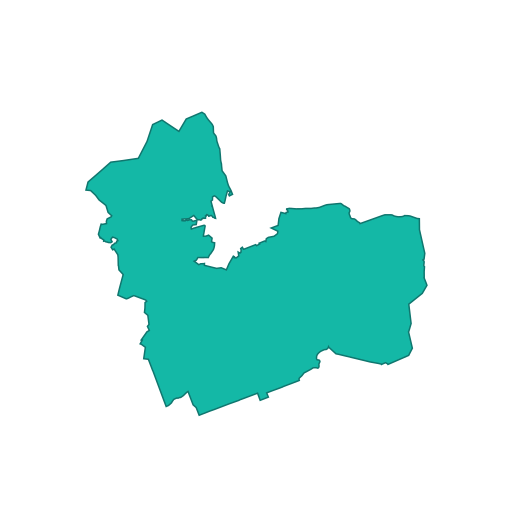 outline of Valkas pag., Valkas, Latvia, rotated 327°
{"feature_id": "27541924B2692398092929", "entity_name": "Valkas pag.", "entity_type": "district", "adm_level": 2, "iso_a3": "LVA", "parent_name": "Latvia", "parent_adm1": "Valkas", "projection": "orthographic", "projection_center": [26.01, 57.752], "detail": "fine", "context": "isolated", "style": "filled", "palette": "teal", "viewbox_px": 512, "rotation_deg": 327, "n_neighbors": 0, "source": "geoboundaries", "source_scale": "gbopen_adm2", "svg_char_len": 5984}
<svg xmlns="http://www.w3.org/2000/svg" viewBox="0 0 512 512"><g transform="rotate(327 256 256)"><path d="M123.3,350.5L121.6,358.6L132.8,360.9L137.8,362.1L152.8,365.3L163.2,367.8L163.8,367.7L165.8,368.2L182.6,371.9L180.9,379.3L189.5,381.1L190.4,376.6L196.0,377.8L207.0,380.3L207.7,380.3L224.3,383.9L224.6,383.9L224.9,382.8L225.3,382.3L226.2,381.9L229.2,381.4L232.1,380.4L233.1,380.2L234.3,380.4L240.6,380.9L243.0,380.9L243.8,381.3L245.7,382.5L246.5,383.5L247.0,383.8L247.5,383.7L248.2,383.4L248.8,382.8L249.8,381.0L250.4,380.5L251.7,379.7L252.2,379.2L252.4,378.2L252.1,377.5L250.7,376.3L250.7,375.5L251.1,374.6L252.6,372.7L254.6,371.7L256.0,371.4L257.4,371.2L258.6,371.2L262.1,371.7L264.2,372.7L265.6,372.6L266.5,372.3L267.3,371.7L267.2,372.1L267.4,372.3L269.8,381.6L271.4,383.1L289.5,402.2L293.8,406.8L300.1,412.7L302.4,415.1L302.3,415.3L306.5,416.0L307.6,418.0L307.6,418.8L329.9,422.5L336.9,418.5L342.6,402.7L342.8,402.7L349.3,397.1L357.9,379.6L375.1,377.9L383.4,373.7L383.7,372.5L384.1,370.7L385.1,365.7L385.4,365.6L388.5,360.7L391.5,356.7L391.4,356.3L391.4,356.0L391.4,355.7L391.7,355.1L393.3,353.2L393.9,352.3L394.0,351.9L394.1,351.3L394.0,350.8L393.8,350.3L394.2,350.0L395.2,350.2L399.0,345.7L407.4,323.0L413.3,313.7L411.5,312.2L407.2,306.6L406.6,306.0L405.7,305.2L402.6,303.0L401.5,303.0L399.9,302.5L398.1,301.5L396.8,300.7L395.6,299.7L393.9,298.0L393.5,297.4L392.5,295.7L391.9,295.2L390.8,294.4L386.6,291.7L385.7,291.4L383.8,290.9L360.9,285.5L361.0,284.5L360.3,283.3L360.0,282.5L359.6,281.3L359.4,280.1L358.9,278.9L358.5,278.3L356.8,277.0L356.7,276.8L356.3,276.0L356.2,275.5L356.2,275.1L356.6,273.8L356.8,272.5L357.0,271.9L357.3,271.0L357.6,270.5L358.8,269.8L359.3,269.3L359.5,268.9L359.8,268.0L359.9,267.6L359.9,267.1L359.8,266.9L359.6,266.4L358.8,264.9L357.9,262.9L357.5,262.4L357.0,261.6L356.1,258.9L355.8,258.3L355.3,257.8L344.2,252.0L342.8,251.4L341.3,251.0L335.7,249.8L332.8,248.6L330.8,247.4L328.1,246.1L323.5,243.1L320.2,241.4L315.3,238.3L311.3,235.2L309.9,234.2L307.4,233.2L307.0,233.8L307.6,234.1L306.9,236.5L304.9,235.9L304.1,236.7L300.7,233.0L295.6,237.1L291.2,242.4L284.0,240.8L287.8,247.1L286.6,248.6L286.0,249.0L281.9,249.3L276.5,247.1L274.1,247.1L272.1,249.2L271.7,248.4L271.4,248.1L265.6,247.0L265.6,247.9L262.2,247.7L261.9,246.3L250.4,243.9L249.2,243.5L249.3,241.2L247.2,241.4L246.8,242.9L245.3,244.7L244.1,244.8L243.2,243.0L241.5,246.6L238.4,246.8L237.3,246.0L236.9,245.6L237.5,245.0L236.9,243.8L229.1,247.8L223.6,251.5L220.4,246.9L216.8,245.2L216.4,245.1L212.9,241.4L209.1,237.3L207.6,235.8L208.7,234.2L207.9,233.9L205.4,232.4L203.3,232.1L201.3,226.7L203.6,227.0L204.8,226.5L206.4,225.6L211.5,229.0L211.6,228.9L215.1,231.3L216.9,230.2L218.4,229.5L219.2,229.4L223.8,227.4L225.3,226.2L226.7,224.8L228.5,222.4L227.1,221.0L226.5,219.8L228.9,217.1L227.6,212.7L224.8,212.1L222.7,210.8L223.4,209.7L224.0,209.2L229.7,203.1L229.6,202.3L228.8,201.8L221.1,199.4L220.8,199.4L219.1,198.8L216.5,198.2L217.0,196.9L217.2,196.5L218.7,195.9L219.9,195.6L223.0,197.1L225.6,194.2L224.7,193.4L222.7,192.8L221.6,192.1L221.6,190.5L220.9,190.1L219.8,189.3L219.0,189.3L217.9,188.9L217.8,188.6L217.1,188.0L216.6,187.9L215.6,187.9L214.6,187.0L214.3,187.0L213.2,186.0L214.1,184.8L214.9,185.4L216.2,185.9L216.9,186.5L217.4,186.7L218.9,187.5L220.5,188.2L221.5,188.1L225.9,188.1L226.5,193.2L227.8,194.6L228.6,194.9L229.2,195.8L230.1,195.9L230.7,195.7L230.9,195.3L231.5,195.3L231.8,195.4L232.2,195.7L232.4,195.6L232.4,195.4L232.5,195.4L233.1,196.1L233.4,196.4L234.0,196.8L234.3,196.8L234.5,196.3L234.8,195.8L235.6,195.6L235.8,195.3L235.6,195.0L235.6,194.8L235.8,194.8L236.5,195.0L236.9,194.7L237.1,194.4L237.3,194.4L237.8,195.1L237.9,195.8L238.1,196.0L238.1,196.3L238.0,196.9L238.2,197.1L239.0,197.1L239.4,197.1L239.9,197.5L240.4,197.5L240.6,197.7L240.7,198.0L240.7,198.3L241.0,199.1L240.9,199.9L240.9,200.0L242.0,201.2L242.0,201.5L242.0,201.8L242.6,202.4L243.2,200.7L245.8,192.5L246.2,191.2L246.2,190.9L246.3,191.0L248.1,185.5L248.4,185.5L250.0,185.3L251.8,182.7L253.8,182.8L254.6,184.2L256.4,192.1L257.4,193.9L258.2,194.5L260.4,192.5L263.2,189.7L267.5,185.9L269.4,187.9L266.5,189.7L266.4,191.1L269.9,191.5L270.7,187.5L271.1,182.8L271.4,181.3L272.1,178.8L274.3,172.4L274.1,168.2L274.0,166.6L274.0,166.1L274.1,165.8L276.2,161.7L277.2,159.9L277.7,158.4L278.5,156.4L280.8,152.3L284.0,146.3L284.0,145.4L284.3,143.8L285.7,138.5L286.1,137.6L287.1,135.6L287.7,133.7L287.7,132.9L287.4,130.0L287.5,129.7L287.7,129.1L290.5,124.5L290.7,123.9L290.9,122.3L290.9,120.9L290.2,115.7L290.1,113.6L290.1,112.4L290.3,109.1L288.9,106.0L272.1,103.1L259.2,109.5L253.1,95.3L251.2,90.8L240.9,89.5L227.0,100.6L210.5,110.0L196.5,103.6L185.3,98.2L169.1,100.6L155.9,102.4L155.4,102.5L149.3,108.1L152.9,111.0L153.0,111.2L154.4,117.0L154.6,118.1L154.9,123.5L156.9,129.4L157.7,131.9L155.7,138.9L156.9,143.7L155.6,144.3L155.2,144.2L151.4,143.8L149.4,145.4L148.3,147.4L145.6,146.3L144.6,145.9L143.5,144.9L141.2,146.8L138.1,149.8L135.7,151.9L135.1,155.9L135.1,156.0L135.8,156.0L135.8,156.8L136.5,158.4L137.1,159.5L136.3,160.6L136.6,160.7L137.2,161.1L137.8,162.4L139.0,163.5L139.4,164.2L141.4,165.7L143.1,165.7L143.3,163.0L145.9,162.0L146.7,162.8L147.6,164.0L148.8,166.2L148.5,167.9L147.9,167.7L147.1,167.8L146.2,168.9L144.2,168.3L142.7,168.9L141.4,168.5L139.2,169.7L139.2,172.8L140.8,172.9L140.8,179.7L139.7,181.9L135.3,189.0L135.3,189.4L133.5,193.0L134.5,199.2L124.1,208.6L118.8,213.6L123.8,221.2L124.3,221.5L126.4,221.9L128.7,222.1L131.8,222.6L132.5,223.3L139.3,232.5L139.6,233.2L139.7,234.4L137.6,234.6L134.5,239.2L131.7,242.6L133.0,246.8L129.0,255.1L126.6,255.9L126.2,259.0L126.0,260.3L123.2,260.2L114.0,263.9L114.8,264.6L111.0,266.6L111.8,267.7L113.5,272.3L105.9,281.0L109.5,284.0L107.0,295.7L106.9,296.6L99.9,327.8L98.7,333.3L99.4,333.4L101.2,333.7L103.5,333.4L105.2,333.1L106.5,332.4L108.8,331.5L109.3,331.5L112.0,331.9L113.3,332.8L114.9,333.1L115.2,333.2L115.5,333.5L116.1,333.6L119.2,333.5L120.6,333.2L123.7,332.6L125.2,332.6L122.2,346.6L123.3,350.5Z" fill="#14b8a6" stroke="#0f766e" stroke-width="1.5"/></g></svg>